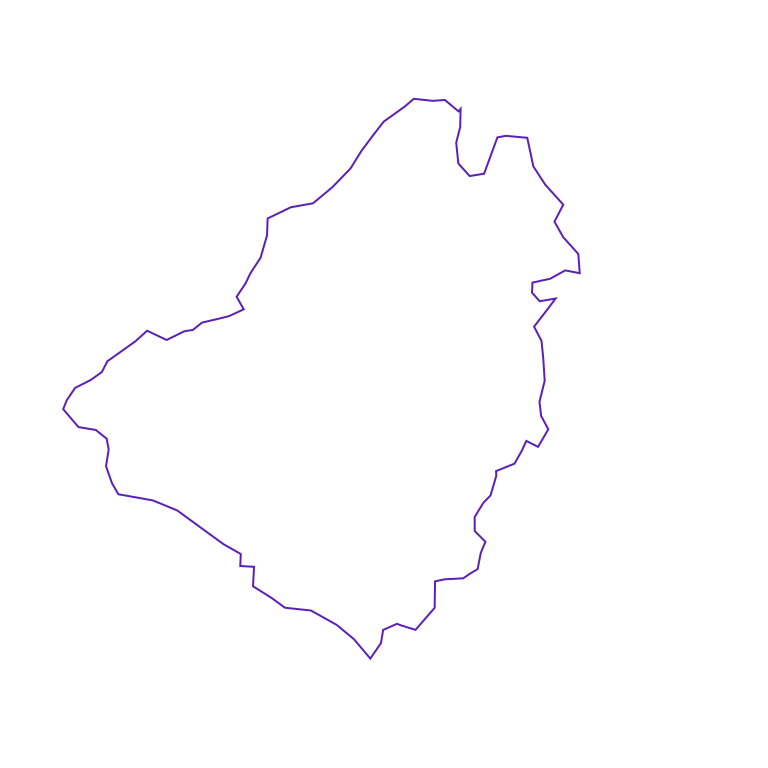 the district of Tala, Paphos, Cyprus, rotated 318°
{"feature_id": "46923920B20038687407930", "entity_name": "Tala", "entity_type": "district", "adm_level": 2, "iso_a3": "CYP", "parent_name": "Cyprus", "parent_adm1": "Paphos", "projection": "albers", "projection_center": [32.433, 34.838], "detail": "fine", "context": "isolated", "style": "outline", "palette": "violet", "viewbox_px": 768, "rotation_deg": 318, "n_neighbors": 0, "source": "geoboundaries", "source_scale": "gbopen_adm2", "svg_char_len": 1510}
<svg xmlns="http://www.w3.org/2000/svg" viewBox="0 0 768 768"><g transform="rotate(318 384 384)"><path d="M190.1,578.9L208.4,574.5L218.8,566.2L233.2,570.9L235.0,574.5L242.9,587.8L271.9,584.2L289.9,564.8L298.5,569.8L312.8,581.4L320.7,582.4L329.7,584.2L332.1,582.4L343.0,574.2L353.8,569.1L353.0,554.0L362.4,543.5L378.2,538.8L388.6,538.1L406.1,527.3L409.0,523.7L427.7,530.5L441.7,525.8L451.7,521.5L456.4,533.8L475.8,527.6L479.4,512.9L487.6,501.3L505.6,489.1L519.9,471.0L529.9,457.3L533.9,441.8L555.4,437.9L568.7,435.3L555.1,426.7L555.1,415.2L562.2,408.0L578.0,417.0L594.6,420.8L603.6,432.6L607.4,427.7L615.4,417.4L615.4,394.9L619.3,377.4L637.2,370.7L637.2,343.6L640.6,322.2L655.2,296.9L640.6,281.1L633.3,276.6L599.1,294.7L586.8,286.8L586.8,269.9L599.1,253.0L612.6,244.0L625.0,230.8L621.8,231.3L619.3,213.7L609.6,206.1L597.0,192.0L585.2,191.7L559.3,188.8L541.0,192.1L523.1,195.7L503.4,201.4L477.5,203.2L452.1,202.2L433.0,190.3L408.3,183.1L396.5,195.3L376.7,207.6L358.8,212.3L348.4,216.6L332.9,220.5L329.7,234.6L314.3,229.9L304.2,224.5L289.9,216.6L278.1,215.9L270.9,211.2L251.9,205.8L243.6,185.9L227.8,185.9L193.7,182.0L182.3,186.3L169.0,184.8L151.8,180.2L137.4,183.8L128.8,188.0L128.7,189.5L128.1,211.6L139.0,225.2L141.3,239.1L135.5,248.5L122.4,259.1L115.5,275.7L112.8,288.2L127.7,307.3L134.3,315.8L145.7,339.6L152.5,371.9L157.6,395.9L163.8,414.5L155.4,423.1L165.1,432.9L151.3,446.7L157.2,467.4L160.7,484.0L178.1,503.4L187.7,531.5L190.9,553.7L190.1,578.9Z" fill="none" stroke="#5b21b6" stroke-width="2"/></g></svg>